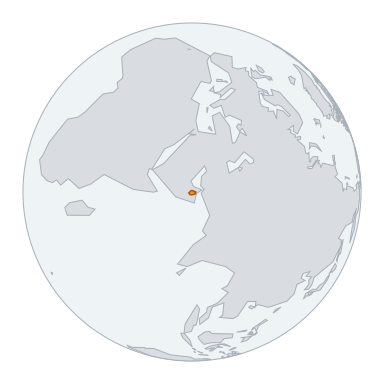 Al Dhahira on an orthographic globe, rotated 69°
{"feature_id": "OMN-2414", "entity_name": "Al Dhahira", "entity_type": "Region", "adm_level": 1, "iso_a3": "OMN", "parent_name": "Oman", "parent_adm1": "", "projection": "orthographic", "projection_center": [55.739, 23.003], "detail": "fine", "context": "on_globe", "style": "filled", "palette": "amber", "viewbox_px": 384, "rotation_deg": 69, "n_neighbors": 0, "source": "natural_earth", "source_scale": "10m", "svg_char_len": 10398}
<svg xmlns="http://www.w3.org/2000/svg" viewBox="0 0 384 384"><g transform="rotate(69 192 192)"><circle cx="192" cy="192" r="169" fill="#eef3f6" stroke="#a8b0b8"/><path d="M246.5,32.1L244.4,31.4L236.4,29.0L234.8,28.7L239.5,30.1L240.2,30.7L233.6,28.6L234.1,29.5L220.9,26.8L204.9,23.7L195.8,23.4L174.8,24.0L175.0,24.1L167.1,25.0L164.4,25.7L161.2,26.1L161.8,26.3L165.2,25.9L166.5,26.0L165.3,26.5L161.0,26.9L161.1,26.7L159.2,27.1L157.6,27.2L157.6,27.4L152.7,28.2L155.6,28.3L150.0,29.6L147.3,29.9L150.2,28.8L150.5,28.2L162.4,25.6L174.5,23.9L186.6,23.1L198.8,23.2L211.0,24.1L223.0,25.9L234.9,28.6L246.5,32.1ZM128.7,35.3L129.3,35.1L130.0,34.9L135.4,33.0L131.8,34.7L125.3,37.4L120.7,39.2L117.7,40.7L119.8,40.4L109.0,45.6L98.0,52.9L95.5,54.4L94.7,54.1L99.1,50.8L113.6,42.4L128.7,35.3ZM88.2,58.7L88.7,58.3L85.9,60.5L86.0,60.4L88.2,58.7ZM249.2,33.0L249.5,33.1L248.0,32.6L249.2,33.0ZM137.0,32.3L136.2,32.7L135.6,32.8L137.0,32.3ZM140.1,31.3L141.5,30.8L140.1,31.3ZM246.5,32.3L247.0,32.8L245.1,31.9L246.5,32.3ZM139.9,31.6L144.1,30.0L146.7,29.3L148.9,28.9L139.9,31.6ZM246.4,32.7L247.7,34.2L251.1,35.3L242.1,33.5L244.0,32.5L241.2,31.2L244.4,32.3L246.4,32.7ZM166.8,25.6L163.1,26.0L167.4,25.3L166.8,25.6ZM169.2,25.1L180.3,23.5L185.0,23.4L180.3,23.8L187.5,23.7L184.4,24.3L179.7,24.6L177.3,24.4L178.0,24.8L169.2,25.1ZM237.0,32.5L236.1,32.7L235.5,32.0L237.0,32.5ZM167.4,26.0L169.2,25.5L173.5,25.3L170.6,26.2L170.2,25.9L167.4,26.0ZM190.9,23.4L193.5,23.7L191.7,24.2L192.5,24.4L184.7,24.3L190.9,23.4ZM168.6,26.3L169.1,26.7L165.9,27.3L165.9,26.4L168.6,26.3ZM175.8,24.9L177.7,25.0L175.7,25.2L175.8,24.9ZM154.9,30.4L157.0,29.5L159.4,29.3L154.9,30.4ZM169.5,26.9L170.6,26.7L171.8,26.6L171.4,27.1L169.5,26.9ZM184.0,24.9L182.7,25.2L187.1,24.9L185.9,25.5L180.9,25.5L182.6,25.8L182.2,26.0L178.5,25.7L184.0,24.9ZM174.7,27.4L167.9,27.9L163.5,29.4L161.2,29.6L168.7,27.2L174.7,27.4ZM177.2,26.4L175.1,27.0L173.4,26.7L173.8,26.2L177.2,26.4ZM186.9,26.1L190.0,25.1L191.0,25.2L186.9,26.1ZM173.7,27.8L175.4,27.7L173.6,27.9L173.7,27.8ZM183.3,26.6L184.2,26.1L185.3,26.2L183.3,26.6ZM177.9,27.9L175.7,28.0L175.9,27.6L177.9,27.9ZM180.6,27.3L181.9,27.6L177.3,27.3L180.9,27.1L180.6,27.3ZM184.1,26.7L185.1,26.7L183.6,26.9L184.1,26.7ZM178.4,29.8L172.6,29.6L173.0,28.5L178.6,28.8L178.4,29.8ZM37.1,198.6L35.4,170.7L39.4,163.2L42.3,152.2L71.3,126.5L75.0,131.1L95.0,134.0L97.1,136.2L92.0,144.0L104.9,159.4L112.2,153.5L126.6,162.8L137.8,164.5L146.6,149.1L128.2,145.9L127.6,137.5L144.5,133.3L161.0,136.8L161.3,133.7L153.1,125.5L159.2,120.7L150.6,122.3L152.4,125.8L147.0,127.1L145.0,124.0L147.3,122.3L142.9,120.2L133.5,129.7L134.3,134.2L121.6,133.7L121.7,141.5L117.4,144.1L115.6,132.1L117.5,128.3L112.2,114.5L109.0,118.4L113.8,131.8L111.3,130.2L107.0,136.4L108.3,130.5L103.9,115.5L93.9,115.1L77.2,127.3L72.2,126.5L69.9,121.3L79.9,106.2L90.0,109.7L93.7,105.1L95.1,96.8L98.0,98.8L99.8,96.1L103.9,97.3L113.1,92.6L117.8,93.4L124.7,85.8L128.0,85.4L123.0,89.8L122.0,93.7L134.1,96.5L137.4,95.4L140.9,90.4L143.8,92.1L145.6,87.0L154.2,86.8L145.3,83.0L149.2,77.8L156.1,74.9L155.8,72.7L144.5,77.6L141.4,80.3L141.3,83.5L131.6,91.2L126.8,91.6L130.9,81.6L124.5,81.4L130.5,74.3L157.3,64.3L166.8,63.7L175.6,72.8L171.5,75.6L166.3,73.4L168.1,80.0L169.4,77.2L171.8,78.9L176.1,75.0L178.0,76.1L178.9,70.8L181.7,71.7L181.1,75.0L189.8,70.7L196.6,71.9L197.6,70.5L196.9,68.7L205.9,71.7L206.3,70.6L203.5,69.1L202.4,66.0L204.1,61.9L207.1,63.2L206.9,64.8L211.1,70.5L210.2,75.1L211.6,75.3L213.1,71.6L208.0,64.6L208.2,61.8L211.2,64.8L210.1,63.5L211.1,62.5L215.0,62.9L211.9,59.6L219.0,49.3L227.2,49.7L229.1,53.0L237.3,48.8L245.8,50.6L243.2,49.0L245.4,46.7L242.7,46.0L241.6,45.2L245.9,40.1L249.3,40.3L248.2,37.4L246.8,36.8L244.3,36.4L242.1,33.5L251.1,35.3L253.7,36.6L257.5,37.4L262.9,40.4L269.1,43.7L272.8,47.4L277.4,50.0L278.3,50.1L285.3,54.1L296.3,63.2L283.1,55.5L265.8,44.2L272.5,48.5L269.7,47.6L271.3,49.4L276.2,52.7L277.5,53.0L278.8,60.7L287.9,72.0L290.3,69.8L295.2,72.1L307.7,85.5L315.4,108.4L321.9,113.7L324.5,118.1L323.6,122.1L319.9,115.7L316.1,114.7L314.1,110.7L311.5,115.8L308.5,110.4L307.9,117.5L311.7,121.1L315.1,118.2L315.9,127.2L323.5,133.0L327.9,142.2L327.1,162.1L320.9,170.5L321.3,173.7L317.0,171.6L314.1,179.3L324.3,194.0L324.9,199.0L318.9,211.2L318.2,207.6L306.9,201.9L306.8,214.3L315.4,221.7L318.5,232.2L312.7,230.6L309.4,221.4L305.3,219.1L305.0,208.5L298.9,194.1L293.0,198.7L292.1,192.4L282.9,181.3L273.5,187.5L259.6,207.1L259.9,223.3L254.1,231.2L241.6,209.6L237.7,194.2L232.1,196.2L220.2,183.8L196.4,183.9L194.0,179.8L189.3,181.7L181.0,177.5L177.7,170.7L172.2,171.0L181.4,188.9L187.3,188.7L193.6,182.0L195.0,188.3L203.1,193.9L190.7,209.0L157.0,220.9L155.4,208.7L138.3,173.2L139.7,169.6L139.7,169.1L139.6,168.3L136.4,174.1L134.0,167.2L141.3,191.7L141.8,201.8L156.5,221.6L154.7,223.4L159.9,227.5L178.7,224.0L178.4,228.0L168.6,245.8L144.1,267.8L148.3,283.6L148.2,296.2L135.1,302.7L138.5,312.1L132.1,314.2L133.2,319.1L129.3,323.4L122.0,326.3L107.1,322.7L104.4,318.2L94.3,307.5L79.4,282.0L81.2,272.3L79.1,263.3L68.6,240.1L70.7,229.5L68.4,223.7L63.2,222.9L60.7,215.9L57.8,214.5L40.9,209.3L37.1,198.6ZM58.5,142.0L57.0,145.0L58.5,142.0ZM176.8,149.1L187.7,150.5L185.7,140.1L189.8,139.9L187.6,136.6L185.5,139.4L180.6,130.5L186.4,128.0L186.6,123.6L182.9,123.0L173.1,129.2L180.0,141.7L176.2,145.6L176.8,149.1ZM86.5,60.9L82.2,64.3L85.2,61.7L84.3,62.2L89.5,57.8L94.5,55.0L91.3,56.9L86.5,60.9ZM97.9,51.6L97.8,51.8L93.9,54.4L97.9,51.7L97.9,51.6ZM105.7,81.4L106.0,83.6L102.7,86.3L96.8,86.5L101.4,82.6L105.7,81.4ZM107.1,86.4L112.9,77.1L116.8,77.0L113.6,78.6L115.7,79.4L111.1,82.2L109.2,91.7L106.2,94.7L96.9,92.8L101.6,91.5L101.0,89.2L107.1,86.4ZM120.7,57.9L123.3,55.1L128.5,58.3L125.5,60.7L119.4,60.7L119.3,58.0L120.7,57.9ZM143.1,31.8L143.7,31.3L144.9,31.1L145.3,31.3L143.1,31.8ZM155.7,30.0L141.5,33.9L141.5,33.5L133.2,37.0L129.9,37.2L135.5,34.9L126.7,38.0L130.4,36.0L124.5,38.3L137.1,33.0L140.1,31.7L138.0,33.0L140.9,32.7L143.0,32.2L151.3,29.9L159.0,27.5L163.1,27.2L164.0,27.7L162.7,28.2L160.4,28.1L160.4,28.9L156.2,29.3L155.7,30.0ZM171.2,39.7L169.1,38.3L168.3,42.0L164.1,41.5L164.2,42.0L160.1,42.7L155.4,44.5L153.9,44.0L152.7,45.0L149.9,45.6L147.8,46.9L144.3,46.5L141.4,48.1L141.4,47.1L137.4,50.0L138.8,47.8L135.4,48.7L135.8,50.4L122.2,47.9L115.3,49.3L108.8,52.0L112.2,48.4L120.4,43.9L130.3,40.0L136.4,39.4L136.8,38.2L139.9,37.7L138.3,38.9L142.5,36.7L144.6,36.7L153.5,34.6L158.4,32.1L161.7,31.5L160.9,32.5L164.8,31.2L165.5,32.8L167.9,32.5L171.0,34.0L167.9,36.4L170.8,35.9L173.3,37.3L171.2,39.7ZM179.1,30.2L176.4,32.7L172.8,33.8L169.0,30.9L166.7,30.9L164.1,29.6L169.5,28.1L169.7,28.6L171.2,28.7L168.9,29.1L171.8,28.9L172.3,29.7L174.7,29.8L173.1,30.5L179.1,30.2ZM101.1,133.9L103.0,134.8L106.3,135.4L103.7,139.4L101.1,133.9ZM97.8,123.7L99.8,123.7L97.7,129.3L95.7,128.5L97.8,123.7ZM102.6,119.2L100.0,123.3L100.3,120.6L102.6,119.2ZM125.0,89.7L127.3,89.7L126.9,90.9L124.8,92.5L125.0,89.7ZM167.9,52.3L167.3,51.0L168.4,50.6L170.4,47.3L173.7,47.7L173.8,49.8L167.9,52.3ZM142.4,151.3L138.2,153.9L136.9,152.1L138.6,151.6L142.4,151.3ZM119.2,146.7L123.7,149.8L118.5,147.8L119.2,146.7ZM171.9,52.2L172.3,50.8L173.7,51.9L171.9,52.2ZM176.2,47.9L178.2,48.8L174.4,47.4L176.2,47.9ZM217.5,351.2L219.4,352.0L216.6,352.3L217.5,351.2ZM177.0,296.3L169.0,316.8L160.9,316.3L158.1,310.2L160.2,297.6L169.1,294.5L173.2,288.6L177.0,296.3ZM340.8,247.2L342.9,246.4L342.7,247.1L340.8,247.2ZM338.7,246.2L341.3,244.8L337.9,248.0L338.7,246.2ZM342.3,244.2L345.0,241.2L346.2,239.3L345.8,240.9L342.3,244.2ZM336.7,247.3L324.9,252.8L319.8,253.0L321.3,249.9L329.6,247.1L336.7,247.3ZM320.9,250.0L312.7,245.7L299.1,227.8L304.0,226.8L317.8,235.8L317.0,238.4L321.9,242.4L320.9,250.0ZM339.5,228.2L338.6,235.4L332.4,238.0L329.3,238.3L327.3,230.4L328.5,225.4L331.1,224.4L339.2,204.6L342.5,206.7L340.4,214.6L342.9,219.3L339.5,228.2ZM260.8,224.7L265.3,233.5L262.0,235.5L260.8,224.7ZM341.2,192.0L338.8,200.6L340.6,189.9L341.2,192.0ZM341.5,182.6L342.3,185.9L340.4,183.3L341.5,182.6ZM322.5,178.4L319.8,180.4L319.1,178.0L322.1,174.1L322.5,178.4ZM331.3,150.1L333.7,157.1L334.0,159.7L331.6,156.0L331.3,150.1ZM200.7,56.3L194.2,60.1L191.7,63.8L193.7,67.0L188.1,64.4L191.9,58.7L200.7,56.3ZM216.4,49.9L214.6,47.6L217.2,47.9L218.0,48.4L216.4,49.9ZM214.1,49.0L208.4,47.7L208.6,46.0L213.0,47.3L214.1,49.0ZM190.0,49.2L187.8,50.2L186.8,49.2L190.0,49.2ZM330.6,288.6L314.4,306.5L312.1,307.3L315.9,302.8L320.1,292.2L321.1,291.8L324.4,283.8L336.3,270.5L345.8,252.2L348.8,249.9L353.3,237.0L355.2,234.3L352.6,243.6L352.5,244.7L348.3,256.3L343.2,267.5L337.3,278.3L330.6,288.6ZM345.9,244.3L349.3,236.9L350.6,235.3L345.9,244.3ZM358.4,221.3L357.5,224.0L358.3,219.9L358.7,215.6L356.4,217.7L355.9,215.3L357.1,211.8L355.0,211.9L357.4,207.6L358.0,212.9L359.1,206.1L360.2,204.5L360.5,203.9L358.4,221.3ZM356.5,221.9L356.9,221.4L356.4,223.8L356.5,221.9ZM351.8,221.7L351.5,223.6L350.8,222.9L351.8,221.7ZM352.8,219.7L354.9,219.4L352.6,221.4L352.8,219.7ZM344.4,219.8L345.3,223.5L348.2,218.8L346.0,224.3L347.5,230.0L346.6,233.1L345.3,226.8L344.0,235.1L342.7,235.8L342.4,229.5L344.0,220.4L345.3,216.2L350.2,211.3L344.4,219.8ZM353.0,214.4L352.4,210.0L352.7,206.3L353.5,208.3L353.0,214.4ZM349.7,199.7L347.1,195.4L345.4,199.0L348.1,188.2L350.3,194.1L349.7,199.7ZM346.4,188.3L344.9,191.6L346.0,185.6L346.4,188.3ZM344.1,190.0L343.2,186.1L344.8,185.6L344.1,190.0ZM347.3,187.9L346.5,180.8L347.9,184.3L347.3,187.9ZM340.7,177.6L345.3,182.0L340.5,182.0L337.2,169.1L339.0,167.7L340.7,177.6ZM330.7,120.2L328.5,117.0L329.2,115.2L330.5,117.9L330.7,120.2ZM329.5,107.6L328.7,113.7L327.6,119.2L329.4,120.1L331.8,126.5L327.5,122.1L326.1,114.0L327.4,111.0L324.7,106.0L323.9,101.5L319.7,96.0L318.4,93.0L322.7,97.2L329.5,107.6ZM317.8,93.8L310.1,84.0L312.7,83.6L315.0,85.6L317.4,90.1L315.9,90.1L317.8,93.8ZM309.0,81.6L307.4,81.6L292.7,70.1L290.3,67.7L302.9,75.5L302.1,76.0L305.2,79.1L309.0,81.6ZM237.9,33.2L236.3,32.7L237.8,32.9L237.9,33.2ZM240.1,44.9L238.9,43.8L240.8,43.8L240.1,44.9ZM236.5,40.8L235.2,41.5L235.3,40.2L236.5,40.8ZM232.6,43.4L234.1,41.6L234.5,44.2L232.6,43.4Z" fill="#d9dde1" stroke="#a8b0b8" stroke-width="1"/><path d="M190.5,192.9L190.5,192.5L190.5,192.0L190.5,191.9L190.6,191.6L190.9,191.2L191.0,190.7L191.2,190.4L191.6,190.4L191.9,190.3L192.2,190.2L192.4,190.0L192.3,189.6L192.6,189.4L192.6,189.1L193.1,188.9L193.5,188.9L193.5,188.6L194.0,188.8L194.8,189.5L195.0,190.5L194.6,192.9L194.1,194.2L193.6,194.9L191.7,195.3L191.7,195.0L191.7,194.9L191.5,194.6L191.3,194.3L191.1,193.9L190.9,193.5L190.7,193.2L190.5,192.9Z" fill="#f59e0b" stroke="#b45309" stroke-width="1.5"/></g></svg>